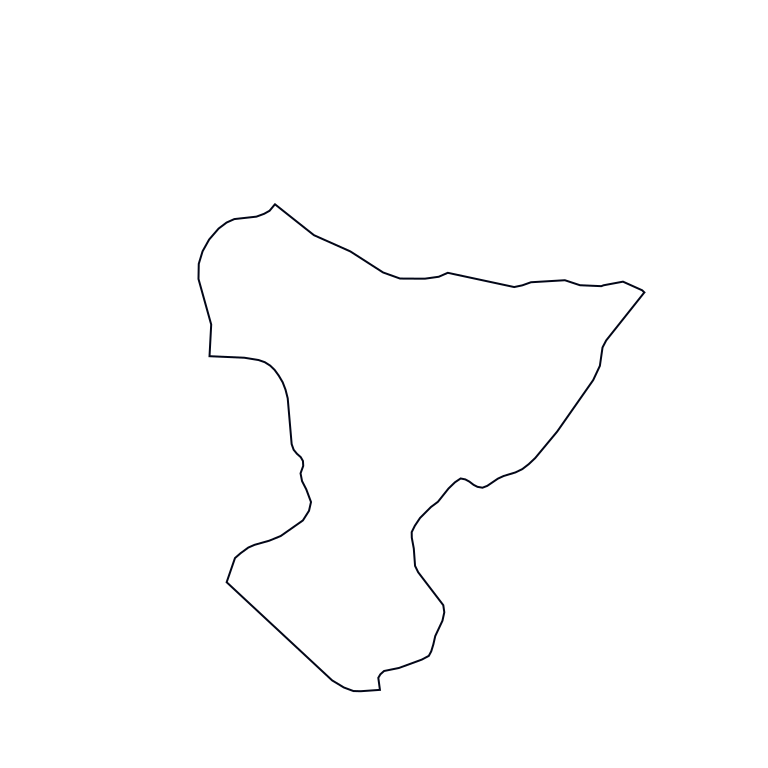 SVG path tracing the border of Giurgiu, rotated 226°
{"feature_id": "ROU-131", "entity_name": "Giurgiu", "entity_type": "County", "adm_level": 1, "iso_a3": "ROU", "parent_name": "Romania", "parent_adm1": "", "projection": "natural_earth1", "projection_center": [25.897, 44.142], "detail": "fine", "context": "isolated", "style": "outline", "palette": "ink", "viewbox_px": 768, "rotation_deg": 226, "n_neighbors": 0, "source": "natural_earth", "source_scale": "10m", "svg_char_len": 1462}
<svg xmlns="http://www.w3.org/2000/svg" viewBox="0 0 768 768"><g transform="rotate(226 384 384)"><path d="M549.9,435.6L539.7,437.0L502.7,451.9L464.9,460.8L448.7,468.8L431.4,486.5L423.1,497.9L419.7,507.1L363.3,545.0L358.9,552.0L355.1,560.4L333.0,586.2L318.9,593.6L303.4,608.3L302.5,610.5L291.6,627.0L272.1,634.8L269.0,634.9L269.0,634.6L261.0,574.1L258.5,566.6L247.1,551.9L241.5,537.2L229.5,475.6L225.7,441.4L225.8,432.4L226.7,424.4L229.1,417.1L234.7,406.2L236.8,400.2L239.0,387.5L241.0,382.8L245.1,379.8L249.2,378.4L254.5,377.6L258.9,376.2L262.8,373.5L264.0,366.8L264.0,357.8L261.8,341.0L262.9,332.3L262.6,316.9L260.6,307.7L258.2,301.0L254.1,297.2L244.9,291.1L231.6,280.0L224.8,277.8L183.7,273.0L177.9,268.8L173.1,261.6L167.1,245.8L162.4,238.6L158.9,232.3L157.3,227.4L159.5,219.7L169.4,197.4L177.5,184.7L177.7,179.7L176.6,175.8L166.8,168.6L179.3,153.7L184.4,148.7L193.6,144.3L206.8,140.8L350.7,133.1L362.3,155.9L361.9,163.3L360.6,172.8L358.2,179.2L351.0,192.6L346.4,204.1L342.2,230.9L344.9,242.0L349.8,249.5L362.2,254.9L371.1,257.6L377.7,261.9L381.2,269.0L384.9,272.2L389.2,273.3L394.3,272.9L399.4,273.3L404.9,275.8L440.6,304.8L448.3,309.2L455.6,312.3L463.1,314.1L470.1,315.1L476.3,314.9L482.5,313.4L488.4,310.4L499.9,301.8L525.2,277.8L546.8,301.0L588.4,323.5L599.1,334.2L605.5,345.7L609.4,358.6L610.7,373.0L609.5,382.9L606.6,390.9L593.0,408.5L589.7,416.0L588.1,422.0L589.0,430.1L589.0,430.4L549.9,435.6Z" fill="none" stroke="#020617" stroke-width="2"/></g></svg>